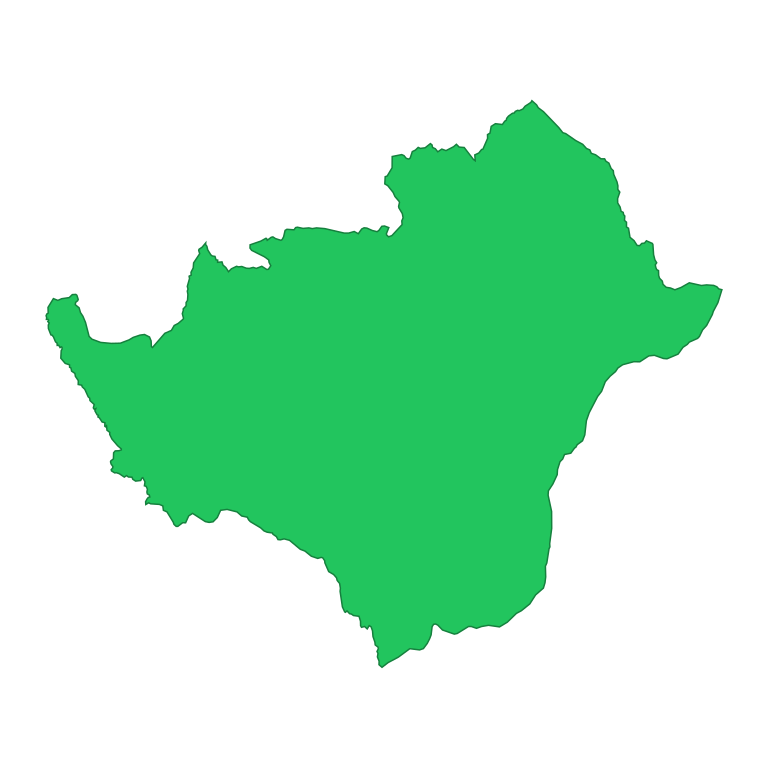 San Carlos, Antioquia, Colombia
{"feature_id": "7082276B57278693475313", "entity_name": "San Carlos", "entity_type": "district", "adm_level": 2, "iso_a3": "COL", "parent_name": "Colombia", "parent_adm1": "Antioquia", "projection": "natural_earth1", "projection_center": [-74.94, 6.191], "detail": "fine", "context": "isolated", "style": "filled", "palette": "green", "viewbox_px": 768, "rotation_deg": 0, "n_neighbors": 0, "source": "geoboundaries", "source_scale": "gbopen_adm2", "svg_char_len": 6065}
<svg xmlns="http://www.w3.org/2000/svg" viewBox="0 0 768 768"><path d="M53.4,298.6L48.0,307.4L48.2,313.1L46.8,314.0L46.1,315.7L46.7,317.8L46.4,319.4L48.1,319.4L48.6,320.2L47.8,321.6L49.2,323.0L48.3,325.0L48.4,328.5L50.9,334.9L52.1,335.2L53.4,336.8L55.5,341.8L57.1,343.2L57.2,345.4L58.7,345.3L60.1,347.6L61.2,346.8L62.0,347.3L62.1,349.1L61.2,350.6L60.8,358.2L65.2,363.4L69.5,364.8L69.6,367.3L70.9,367.9L71.6,371.1L74.9,373.4L75.4,376.4L78.3,380.6L78.2,384.5L81.7,385.2L82.2,386.8L84.8,389.3L88.2,396.8L89.7,398.2L90.0,400.6L94.2,404.5L93.3,407.9L94.2,409.2L95.8,408.6L94.9,410.8L97.1,414.8L98.4,415.3L97.9,416.9L99.3,417.7L102.1,422.0L104.9,422.7L104.8,426.2L105.5,426.8L106.5,425.8L107.0,430.3L109.8,432.4L109.7,434.4L111.9,439.0L117.6,445.7L121.3,448.9L121.3,449.9L119.0,450.7L115.2,450.9L113.6,452.8L113.4,458.9L110.9,460.8L110.5,461.8L111.1,464.0L112.9,466.6L112.7,468.0L111.2,469.6L111.5,470.9L114.7,472.9L116.4,472.7L119.3,473.7L124.3,477.1L126.6,475.6L128.4,477.0L132.0,477.2L132.8,479.3L135.6,481.1L140.7,480.5L141.8,478.2L142.8,477.7L145.0,481.8L144.4,485.8L146.1,486.3L147.4,489.1L146.9,492.0L147.3,493.9L149.3,495.0L149.8,497.0L148.2,497.5L146.9,499.2L145.6,501.7L145.8,504.5L148.7,502.8L150.6,503.8L159.4,504.4L162.8,505.9L163.4,510.3L167.0,511.9L173.2,522.1L174.0,524.4L176.2,526.4L177.8,526.4L182.7,522.7L185.6,522.8L188.7,515.9L192.6,513.4L205.3,521.6L209.1,522.4L213.1,521.8L217.3,517.5L220.6,510.3L227.1,509.4L237.0,511.9L241.7,516.0L247.3,517.2L248.6,519.8L250.4,521.7L260.6,527.8L264.0,530.9L267.1,532.2L272.4,533.0L273.0,534.3L276.4,536.6L278.0,539.6L280.4,539.8L284.1,538.9L289.5,540.3L300.3,549.3L304.8,551.0L311.3,556.2L317.7,558.4L321.2,557.4L322.7,557.8L324.7,560.7L324.9,562.9L328.7,571.6L333.6,574.5L336.5,577.8L337.2,580.5L339.6,583.4L340.4,588.2L340.1,591.3L342.4,606.9L344.7,611.9L345.5,612.3L347.0,610.9L349.6,613.7L351.5,614.1L353.4,615.5L359.0,616.3L360.5,621.2L360.6,625.7L361.5,627.3L364.6,626.5L367.2,628.9L369.2,625.6L371.1,626.8L372.5,630.8L373.0,636.6L374.9,642.1L375.2,644.9L378.1,647.2L378.3,648.8L377.0,651.5L378.0,653.4L377.4,656.9L379.1,661.2L379.0,664.7L382.0,667.3L388.1,662.6L398.4,657.1L409.8,648.7L419.6,649.9L423.4,648.6L427.2,643.5L429.6,638.8L431.1,634.9L432.1,626.7L433.6,624.3L435.6,624.0L437.8,625.1L442.5,630.0L454.3,634.1L457.2,633.5L468.5,626.5L471.3,626.5L476.5,628.3L481.6,626.5L488.5,625.3L499.5,626.9L507.3,622.2L516.4,613.4L521.4,610.7L529.8,603.9L535.6,594.9L543.4,588.1L545.0,582.7L545.7,576.9L545.4,566.2L546.8,563.0L549.0,548.9L549.9,546.9L549.7,543.6L551.7,528.4L551.6,511.5L548.1,495.2L548.4,490.8L552.8,484.1L557.2,474.7L557.5,469.6L560.0,461.7L562.7,459.0L564.5,454.5L570.8,453.2L574.6,448.0L575.8,447.3L577.2,444.7L582.5,440.8L584.8,434.9L586.4,420.7L589.2,412.7L597.6,396.5L601.6,391.3L605.3,381.7L610.1,376.2L615.5,371.6L617.9,368.0L622.7,364.7L633.8,361.7L639.8,361.8L648.8,355.9L654.4,355.3L663.5,358.5L667.0,358.8L678.1,354.1L683.0,347.3L687.3,344.4L689.3,342.1L697.6,338.4L699.4,336.5L702.6,329.9L706.6,325.5L712.3,314.6L713.3,311.4L717.9,302.7L721.9,289.7L718.8,288.9L716.9,286.8L713.7,285.4L706.6,284.9L701.4,285.5L689.3,282.8L681.2,287.4L674.9,289.8L670.5,288.0L666.2,287.3L663.0,284.3L662.3,281.1L659.6,278.3L658.7,275.6L658.5,270.6L656.7,269.6L655.8,267.4L655.3,264.8L656.7,262.8L654.9,259.8L653.6,254.7L652.9,244.5L652.3,243.4L646.4,240.8L644.5,243.1L641.8,243.4L639.6,245.7L637.1,245.4L634.0,240.6L630.0,237.3L628.5,228.2L626.5,227.0L626.5,222.2L624.5,220.4L624.8,216.0L623.6,214.6L623.2,212.4L621.1,211.3L620.1,207.0L617.7,203.0L617.6,198.6L619.8,192.1L617.8,189.4L617.9,185.8L617.0,181.9L613.7,174.3L613.3,170.7L611.1,168.5L608.9,163.1L605.9,161.2L604.6,158.8L601.0,158.8L595.6,154.8L591.3,153.3L589.8,149.9L586.5,148.5L582.7,144.3L575.8,140.6L565.7,133.6L562.8,132.7L558.8,127.6L543.5,111.7L538.2,107.7L536.6,104.9L531.9,100.7L530.9,102.4L525.1,106.2L522.9,109.0L519.2,110.7L517.7,110.3L515.3,111.4L514.2,113.0L512.4,113.3L508.5,116.1L506.7,118.3L506.2,120.3L504.7,121.2L502.4,124.5L495.4,123.7L491.2,126.4L490.0,133.1L487.5,134.6L487.6,138.4L482.9,149.2L481.6,149.5L478.8,153.0L474.8,154.9L475.2,160.7L473.4,159.4L464.2,147.5L459.2,147.1L456.4,144.3L453.6,146.7L446.0,150.6L441.8,149.1L437.8,151.8L435.3,148.7L432.6,147.5L432.0,144.9L430.4,143.6L425.1,147.8L420.3,148.4L418.2,147.4L415.4,150.1L412.3,151.6L410.2,158.0L408.7,159.1L406.2,158.3L404.0,155.6L401.7,154.6L392.2,156.5L392.1,167.8L387.2,176.0L385.2,176.7L384.8,183.9L387.7,185.6L393.1,192.4L395.0,196.6L399.1,201.4L399.5,202.5L398.6,206.3L398.9,207.9L402.3,213.6L403.1,217.8L401.8,220.9L402.1,224.6L391.9,235.6L388.6,236.8L386.7,235.1L386.4,233.7L388.8,227.6L384.5,226.0L381.8,226.3L379.0,230.3L377.1,231.7L372.3,230.5L366.9,228.1L364.1,227.8L361.7,229.0L358.3,233.7L354.2,231.5L348.6,233.1L344.3,233.1L324.8,228.6L316.5,227.9L312.3,228.6L308.9,227.9L303.0,228.4L297.4,227.2L295.6,227.6L294.0,229.8L286.9,229.3L285.1,230.4L283.6,236.8L282.1,239.6L280.9,240.3L275.5,238.6L272.9,236.9L271.2,237.3L267.2,240.3L266.6,238.5L265.9,238.3L260.8,241.1L250.1,244.8L250.0,248.1L251.7,250.4L264.3,256.7L268.7,259.9L269.1,262.5L270.8,265.7L268.4,269.3L266.8,269.5L261.8,266.3L256.3,268.4L253.2,267.4L249.4,268.4L246.3,268.2L241.8,266.5L238.5,266.9L236.6,266.3L231.4,268.8L228.5,271.7L225.8,267.5L223.0,265.1L222.0,261.9L217.6,262.3L217.7,260.1L216.0,259.8L215.0,256.4L212.3,256.0L210.8,254.8L207.7,249.8L206.9,246.3L205.6,244.5L205.7,242.9L202.1,247.2L199.0,249.3L198.7,250.5L199.7,253.7L193.6,262.9L193.2,268.0L191.0,272.3L191.2,275.1L189.1,276.2L189.5,278.6L187.3,286.4L188.0,289.1L187.3,291.1L187.9,294.5L187.5,300.4L186.1,302.5L186.1,305.8L183.2,308.9L183.3,310.4L182.3,313.7L183.5,318.2L183.1,319.2L178.2,323.4L174.2,325.5L171.4,330.4L164.8,333.3L152.5,347.5L151.4,346.6L151.1,340.9L149.5,337.0L144.5,334.5L140.0,335.1L133.2,337.4L129.0,339.9L120.3,343.2L111.2,343.4L100.6,342.4L92.0,339.2L89.1,336.4L85.5,322.4L82.9,316.2L80.5,312.6L79.1,307.8L75.3,304.7L75.6,302.4L77.7,300.7L78.2,299.4L76.9,295.3L75.8,294.4L72.3,294.6L69.2,297.6L61.7,298.7L57.9,300.4L53.4,298.6Z" fill="#22c55e" stroke="#15803d" stroke-width="1.5"/></svg>